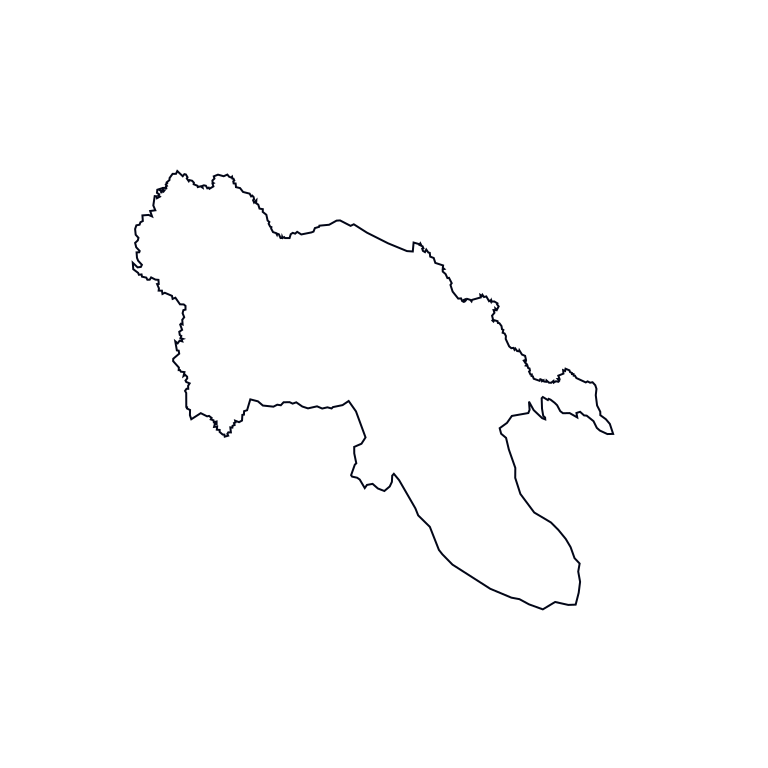 outline of Thai Charoen, Yasothon, Thailand, rotated 153°
{"feature_id": "78962969B95205724329229", "entity_name": "Thai Charoen", "entity_type": "district", "adm_level": 2, "iso_a3": "THA", "parent_name": "Thailand", "parent_adm1": "Yasothon", "projection": "equal_earth", "projection_center": [104.445, 16.096], "detail": "fine", "context": "isolated", "style": "outline", "palette": "ink", "viewbox_px": 768, "rotation_deg": 153, "n_neighbors": 0, "source": "geoboundaries", "source_scale": "gbopen_adm2", "svg_char_len": 6166}
<svg xmlns="http://www.w3.org/2000/svg" viewBox="0 0 768 768"><g transform="rotate(153 384 384)"><path d="M417.3,614.6L422.4,619.1L423.3,623.9L426.5,626.6L425.2,630.0L426.9,631.0L426.3,633.0L425.0,633.3L424.9,635.2L425.8,635.8L425.3,637.7L426.4,637.3L427.9,639.0L428.5,641.7L432.5,641.9L436.9,645.9L441.4,646.3L441.8,644.0L444.5,643.2L445.3,641.3L444.7,640.4L445.8,640.4L446.3,637.5L450.9,637.2L451.0,638.5L452.6,638.6L452.7,641.5L454.3,642.8L456.1,643.0L456.5,641.3L457.7,643.4L460.5,644.0L460.2,645.3L462.9,648.4L462.0,649.7L462.7,652.2L464.8,654.0L465.9,653.3L466.4,656.7L465.2,657.4L465.4,660.6L466.6,661.6L469.0,660.5L471.5,667.6L473.9,665.7L477.0,667.2L481.5,664.9L482.6,663.1L486.1,662.3L486.0,661.4L487.8,660.9L487.5,659.1L488.6,659.1L489.4,656.3L489.6,657.9L492.1,659.1L493.1,658.0L491.7,656.2L493.2,655.5L493.9,656.8L495.8,655.2L495.0,657.2L496.1,658.9L494.7,659.5L497.8,660.0L499.5,657.4L498.2,655.1L499.3,654.4L498.6,652.7L501.9,652.6L501.4,654.5L503.0,655.5L508.5,647.8L508.9,642.6L513.8,644.3L514.6,638.6L517.0,641.5L522.7,643.9L524.9,638.7L527.6,638.7L529.5,636.9L532.6,637.8L535.4,635.1L537.5,629.7L536.4,625.7L538.2,623.7L541.7,622.7L542.7,618.3L541.3,613.4L542.3,612.5L544.7,613.6L546.8,608.6L547.1,605.5L545.6,600.1L547.5,598.7L550.6,599.8L552.8,606.1L555.3,600.1L552.6,594.6L552.8,592.6L550.3,591.7L550.9,589.5L547.5,586.7L547.5,584.3L545.4,583.3L543.1,584.7L540.3,580.8L537.7,579.2L539.3,575.4L540.8,576.0L541.1,571.4L542.4,569.5L539.5,568.0L540.5,564.8L537.9,564.8L532.9,558.8L533.7,555.8L530.7,555.6L529.6,547.6L526.3,545.8L525.4,543.7L527.1,540.4L529.2,540.9L531.3,538.5L531.7,534.2L534.6,532.8L536.4,528.5L537.5,529.9L538.6,529.5L539.3,523.9L542.7,523.5L543.7,520.4L542.8,518.8L544.5,517.3L542.7,515.5L544.1,515.7L544.4,513.6L546.4,515.4L549.4,513.9L550.6,516.8L553.3,508.0L551.8,506.9L552.7,504.0L560.3,502.2L561.5,500.1L559.3,491.8L560.6,489.6L559.5,489.1L559.4,487.2L556.4,485.2L559.0,482.1L557.0,482.4L556.1,479.9L556.8,478.3L559.3,477.2L559.3,475.6L556.9,472.8L559.4,471.3L560.6,468.6L562.1,469.4L564.4,468.2L564.3,465.8L570.6,453.3L570.0,452.7L570.7,451.7L568.6,448.9L571.1,444.3L571.7,440.1L560.5,441.2L556.3,435.5L554.4,435.0L553.0,432.0L554.4,431.1L552.4,429.1L553.0,427.2L550.2,426.6L551.4,424.2L552.6,425.5L554.9,422.9L552.0,421.8L553.7,419.2L551.3,417.7L552.2,415.9L550.7,412.2L549.2,411.4L549.8,409.4L546.3,408.7L546.2,410.7L544.7,411.6L542.4,410.4L540.6,415.1L538.9,414.0L537.9,415.5L535.7,415.3L535.4,417.3L533.8,417.2L533.3,418.9L530.5,415.8L527.1,415.9L524.2,420.8L522.7,420.3L521.0,423.3L517.9,422.8L510.1,431.0L504.2,425.8L501.7,419.8L492.8,414.0L488.5,414.0L485.6,411.9L481.8,413.3L476.4,410.7L474.3,408.0L470.5,407.5L467.0,401.0L462.8,396.8L453.8,394.5L450.2,390.2L445.0,388.9L441.8,386.0L440.0,386.6L430.5,384.0L423.2,384.9L421.4,372.3L424.7,344.8L431.2,341.0L439.1,341.5L442.0,335.7L444.7,325.9L446.6,325.4L454.7,317.7L454.5,316.0L450.5,312.7L449.0,309.9L448.4,300.0L445.0,301.8L439.5,300.2L436.9,293.7L432.3,288.5L425.4,290.1L421.4,293.2L418.3,298.6L416.0,299.5L414.2,291.5L412.5,258.9L413.2,251.4L408.0,235.9L410.4,211.2L409.3,205.7L405.0,192.0L382.3,153.3L367.5,135.8L361.0,130.8L354.8,121.8L344.8,111.1L330.5,112.1L320.1,103.5L313.4,100.4L305.3,109.6L299.1,118.7L296.1,128.7L291.2,135.2L293.3,142.3L291.8,153.9L292.4,163.4L294.9,174.9L298.1,184.8L308.5,201.3L312.4,224.1L309.7,240.8L305.1,249.6L302.5,269.0L299.7,280.6L302.2,286.5L301.0,292.1L292.1,293.5L284.6,297.5L268.6,292.6L266.0,294.9L262.8,302.5L262.5,292.8L258.6,281.8L256.4,279.3L255.7,281.0L256.6,283.3L254.4,290.3L250.0,299.7L248.4,300.3L245.3,295.3L244.0,296.0L242.7,294.4L240.5,289.8L239.4,286.5L239.3,279.8L237.8,276.7L231.8,273.8L227.0,266.5L225.7,270.8L221.9,270.2L220.0,265.2L217.8,263.8L214.2,255.8L214.3,248.3L212.8,244.5L207.7,238.0L202.5,235.5L200.9,245.9L202.3,251.9L205.4,258.0L203.9,261.1L203.9,268.1L200.4,277.9L196.9,283.2L196.3,287.0L197.4,290.9L199.8,291.6L201.4,293.9L203.5,293.8L209.9,302.0L210.1,304.7L211.2,305.3L210.6,306.8L212.0,307.5L211.5,308.4L212.8,310.1L212.6,312.0L215.3,315.2L216.7,313.4L218.1,315.0L219.4,311.8L224.9,312.3L225.3,308.9L226.9,309.6L226.4,307.3L227.6,306.8L229.6,308.4L232.1,308.2L231.6,309.8L234.5,309.2L236.4,310.3L237.6,313.4L238.4,312.3L239.7,313.1L240.6,314.0L240.2,314.9L241.9,314.8L241.5,316.1L242.6,317.3L243.9,316.2L248.2,320.7L247.9,323.2L248.9,324.2L248.0,325.4L249.2,326.1L249.1,329.2L247.9,329.6L247.3,331.8L248.3,332.9L247.9,334.9L249.2,336.0L247.7,336.6L248.5,338.6L247.6,339.6L248.6,339.8L248.8,341.4L246.5,341.2L245.5,345.0L247.7,347.6L248.1,352.6L248.8,351.8L250.4,352.9L250.9,356.0L252.2,355.3L252.2,357.4L254.3,358.1L255.4,360.7L255.1,368.9L253.6,371.4L253.6,374.2L255.0,375.8L253.1,378.0L254.0,379.2L253.0,382.3L253.6,385.8L254.8,386.7L254.3,388.4L256.8,390.8L258.1,390.0L258.6,391.4L257.6,391.8L256.7,395.8L253.3,397.3L252.8,400.1L251.1,399.1L250.5,400.7L249.8,398.8L246.6,401.1L247.1,403.6L246.3,404.3L248.3,407.5L250.5,408.4L250.4,409.7L251.3,408.7L251.4,410.2L252.8,410.1L253.1,415.6L255.4,416.1L255.8,418.8L256.8,418.0L257.7,419.6L258.5,417.2L267.4,419.0L268.5,417.9L269.0,419.9L271.4,422.2L272.9,421.5L273.0,422.6L274.6,422.7L274.8,420.9L275.6,420.9L276.7,422.4L276.5,425.3L279.1,426.4L280.9,435.2L279.8,442.1L277.9,443.1L277.9,449.1L279.4,449.6L279.2,454.0L280.6,457.5L279.7,459.5L278.1,459.1L278.8,460.9L277.5,462.8L283.3,468.6L282.5,473.7L285.0,476.5L283.7,480.1L284.8,481.0L285.3,484.6L287.6,482.9L288.9,485.0L288.5,487.2L287.3,487.0L287.1,489.1L288.5,490.9L287.8,490.8L287.8,492.8L288.7,492.2L293.4,496.6L298.2,489.0L303.2,492.0L316.5,507.5L330.5,526.6L338.4,540.0L342.0,540.1L348.9,549.7L352.1,551.1L360.6,550.8L369.7,554.4L370.5,553.5L374.8,554.3L377.6,551.8L379.8,552.0L389.8,554.8L392.3,559.0L394.9,558.3L396.7,560.1L399.1,559.8L401.9,556.9L406.0,559.0L406.3,560.2L408.0,560.1L407.9,561.3L408.5,560.4L409.9,561.0L409.7,565.1L410.8,566.3L411.6,565.5L411.6,567.4L413.9,569.7L414.0,573.7L413.1,574.9L414.0,575.9L414.0,579.2L412.6,580.4L413.5,582.5L412.0,588.2L413.9,592.4L412.6,594.8L415.3,596.8L414.6,600.9L415.9,603.1L414.3,605.7L417.4,604.6L417.2,607.2L415.9,607.6L415.3,609.9L415.9,611.7L417.2,611.5L417.3,614.6Z" fill="none" stroke="#020617" stroke-width="2"/></g></svg>